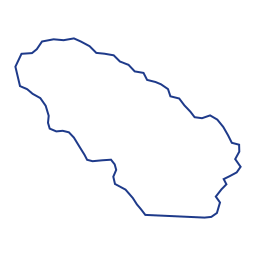 outline of Santa Rosa de Lima, Sergipe, Brazil
{"feature_id": "56859067B31979699807440", "entity_name": "Santa Rosa de Lima", "entity_type": "district", "adm_level": 2, "iso_a3": "BRA", "parent_name": "Brazil", "parent_adm1": "Sergipe", "projection": "orthographic", "projection_center": [-37.236, -10.632], "detail": "fine", "context": "isolated", "style": "outline", "palette": "blue", "viewbox_px": 256, "rotation_deg": 0, "n_neighbors": 0, "source": "geoboundaries", "source_scale": "gbopen_adm2", "svg_char_len": 961}
<svg xmlns="http://www.w3.org/2000/svg" viewBox="0 0 256 256"><path d="M190.4,111.7L184.4,105.4L179.2,98.5L170.4,96.3L168.0,89.1L161.0,84.3L155.5,82.0L147.1,79.9L143.5,72.9L134.7,71.4L128.6,64.9L119.9,61.5L113.7,55.3L104.4,53.7L96.3,52.9L89.6,46.2L80.8,41.5L73.9,38.4L63.6,40.2L53.6,39.3L42.0,41.5L36.8,49.2L32.0,53.1L21.5,53.8L15.4,66.7L20.0,86.1L27.2,89.2L32.6,93.8L40.3,98.1L45.7,105.8L48.7,115.8L48.0,122.8L49.7,128.6L56.3,131.4L62.7,130.8L68.9,132.3L73.9,137.6L79.9,147.4L84.5,154.8L87.1,159.8L92.6,161.2L102.1,160.3L111.0,159.7L114.7,164.4L116.2,169.9L113.3,176.7L115.0,184.0L125.5,189.6L132.8,198.0L136.9,204.4L141.1,209.4L145.3,214.9L204.5,217.6L211.3,216.9L216.9,213.0L220.0,202.5L215.8,196.6L221.5,189.3L226.4,184.3L223.7,179.1L229.8,176.1L236.7,172.4L240.6,166.8L235.2,159.1L239.3,151.6L239.1,144.7L231.8,142.8L228.1,135.4L223.3,127.0L217.3,119.6L210.1,115.4L202.0,118.2L194.6,117.2L190.4,111.7Z" fill="none" stroke="#1e3a8a" stroke-width="2"/></svg>